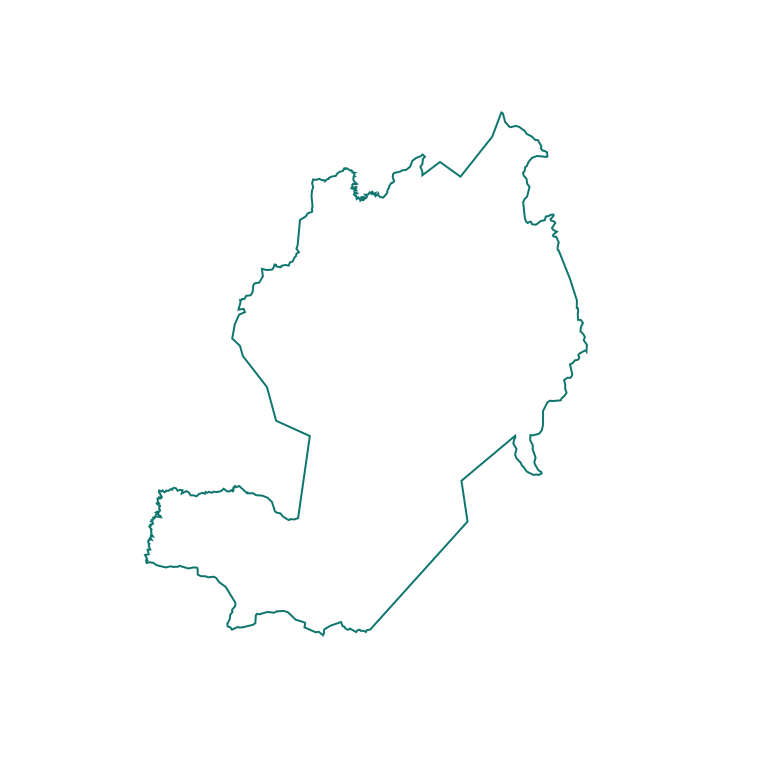 outline of Sefwi Akontombra, Western, Ghana, rotated 307°
{"feature_id": "2480657B96818528094138", "entity_name": "Sefwi Akontombra", "entity_type": "district", "adm_level": 2, "iso_a3": "GHA", "parent_name": "Ghana", "parent_adm1": "Western", "projection": "mercator", "projection_center": [-2.718, 6.094], "detail": "fine", "context": "isolated", "style": "outline", "palette": "teal", "viewbox_px": 768, "rotation_deg": 307, "n_neighbors": 0, "source": "geoboundaries", "source_scale": "gbopen_adm2", "svg_char_len": 6148}
<svg xmlns="http://www.w3.org/2000/svg" viewBox="0 0 768 768"><g transform="rotate(307 384 384)"><path d="M542.4,516.2L543.8,513.1L544.2,509.3L548.0,507.0L552.4,506.2L553.6,502.6L552.0,500.3L557.2,496.1L558.3,495.8L561.2,493.3L560.7,492.2L566.8,487.8L579.7,469.6L595.7,443.3L595.7,441.9L598.1,440.1L602.2,438.4L605.2,433.0L603.9,430.9L604.1,429.6L605.7,429.3L609.7,430.5L608.9,426.5L609.6,424.3L615.6,423.9L616.2,422.4L615.1,419.0L615.8,417.8L620.3,418.2L621.1,417.8L621.2,417.1L619.4,415.3L617.5,414.6L615.1,412.5L611.5,413.8L608.5,411.1L603.2,409.7L602.1,408.7L600.7,406.1L601.9,403.9L601.6,403.0L599.0,401.8L599.2,399.7L601.2,396.7L613.1,385.6L616.5,385.0L619.8,385.5L629.0,381.6L630.1,377.9L633.7,374.2L634.5,370.1L636.3,368.0L638.7,368.1L642.0,366.3L643.8,366.9L648.2,365.8L653.7,366.1L658.2,369.0L663.1,377.0L664.0,377.6L667.1,374.8L666.9,372.3L665.8,370.1L666.7,367.4L668.7,366.5L671.4,360.0L670.0,358.2L670.6,352.8L669.6,347.6L670.8,343.9L670.7,337.5L669.5,333.9L665.4,330.7L664.9,329.4L666.2,323.0L671.5,316.3L671.7,315.0L671.5,314.3L646.6,321.6L595.6,320.3L595.0,295.1L573.8,289.0L576.6,286.9L579.5,282.3L582.8,282.3L587.2,279.6L590.2,279.9L590.5,276.7L588.0,276.2L584.0,273.7L579.4,272.3L573.1,274.1L568.3,272.8L566.0,270.3L563.4,269.1L558.5,265.0L556.8,265.1L554.2,266.7L552.2,270.0L549.8,269.8L549.0,268.9L545.5,269.0L543.4,270.0L540.9,270.1L538.5,271.6L532.4,271.2L531.0,268.4L531.3,265.9L532.6,264.8L528.9,264.2L529.5,262.5L531.4,262.3L529.5,261.2L530.6,259.0L530.0,258.8L529.0,260.3L528.3,260.1L528.5,257.3L525.7,257.3L523.8,255.0L523.3,257.6L521.6,257.8L520.8,257.3L521.2,255.4L519.9,253.8L519.4,254.5L520.0,256.0L519.1,256.9L518.2,256.8L518.1,255.4L516.2,254.8L517.8,253.2L517.0,252.7L517.6,251.3L515.4,250.8L517.6,248.4L516.9,247.0L517.4,245.9L518.4,245.6L520.1,247.6L520.2,246.8L519.0,245.9L520.5,243.9L521.2,243.8L522.1,245.3L522.7,243.9L524.6,243.5L524.4,242.8L521.1,241.7L520.8,240.0L522.7,240.1L524.1,238.7L525.3,238.8L526.1,240.8L527.5,241.9L527.9,238.1L528.7,236.6L531.6,234.8L532.3,235.5L532.4,234.7L533.9,234.1L534.1,233.2L535.1,233.5L533.9,231.5L534.9,230.8L535.0,229.4L534.3,229.2L533.8,224.3L532.6,223.9L532.9,223.1L532.1,222.4L529.5,223.0L526.6,220.8L524.1,220.0L521.0,220.2L518.7,217.8L515.5,216.0L514.6,216.4L513.5,215.4L510.3,214.9L510.7,213.3L509.6,212.1L508.8,208.7L506.5,207.3L504.7,204.3L500.9,205.9L498.6,209.0L495.1,210.1L490.5,213.0L482.9,220.0L479.9,221.3L479.3,222.4L478.2,222.9L474.6,220.5L470.6,220.6L464.5,218.2L442.7,231.6L439.4,232.6L438.1,236.7L435.4,235.7L433.2,236.7L431.2,236.4L426.9,237.3L424.6,235.7L421.1,236.6L419.7,233.6L417.7,231.8L416.5,231.0L415.2,231.3L413.1,227.4L414.2,226.1L413.6,224.7L409.4,226.0L407.8,225.6L404.4,221.7L402.5,217.2L397.0,222.5L389.8,223.3L387.2,220.6L385.6,220.0L383.4,220.6L378.9,223.5L375.5,224.2L374.2,223.7L371.4,220.8L368.0,221.4L366.6,219.6L365.3,219.7L364.6,218.5L362.8,220.3L355.8,223.0L359.5,226.7L357.7,229.7L352.1,226.5L341.7,229.0L329.0,235.4L327.8,246.0L321.4,254.5L311.1,292.4L289.7,320.0L297.8,356.1L225.2,396.1L222.0,394.0L219.7,390.5L218.2,390.1L217.7,388.2L217.4,382.8L218.3,379.2L216.7,375.6L216.6,373.7L222.4,365.4L223.1,359.4L221.5,353.7L218.2,348.8L218.0,345.2L214.5,340.8L215.0,340.3L214.4,340.1L215.4,329.8L212.3,327.7L212.9,326.8L212.5,326.2L211.5,326.8L210.7,326.1L209.2,326.7L208.9,327.7L207.3,327.9L207.3,325.9L205.6,325.5L203.9,323.5L203.9,319.0L200.5,318.4L197.4,315.9L195.4,312.7L193.4,311.9L192.6,309.1L190.8,308.4L190.4,306.5L188.5,307.0L187.8,304.5L185.0,302.5L181.5,301.9L180.5,298.9L178.7,296.6L179.9,293.2L179.5,290.6L174.8,288.4L177.9,287.0L176.7,284.8L174.5,283.3L175.5,280.9L174.8,278.8L173.0,277.9L172.1,278.5L171.3,276.7L169.1,276.2L167.6,274.1L166.6,274.4L165.3,273.5L165.7,271.1L164.3,270.9L163.5,268.8L164.3,268.0L162.3,269.2L160.1,274.4L159.4,273.8L158.5,274.7L157.3,273.3L158.3,273.0L157.9,272.3L156.7,272.8L156.1,272.1L154.0,274.2L153.2,276.4L152.4,275.7L152.4,274.5L151.7,274.5L151.8,276.7L151.0,278.1L151.5,278.5L149.0,279.5L148.3,281.3L145.9,281.2L146.0,280.0L144.3,279.2L144.5,280.4L143.2,280.6L144.6,281.7L143.5,283.5L144.1,284.9L143.4,286.1L140.9,281.3L140.1,280.9L139.5,281.4L138.6,280.3L138.3,281.3L135.9,280.3L135.6,281.2L134.2,280.6L134.4,282.1L133.5,283.6L131.7,282.8L130.3,283.0L130.7,282.1L128.9,282.4L127.9,285.9L127.4,285.6L124.2,288.6L123.2,291.0L122.6,289.1L120.6,290.2L119.9,291.8L119.5,290.0L118.2,290.7L117.7,290.0L116.6,290.2L115.5,291.1L115.1,292.9L114.0,292.9L112.8,294.0L111.1,296.9L109.4,294.9L106.4,298.6L103.6,296.1L101.8,300.0L100.3,300.0L100.4,301.3L98.9,301.0L98.3,302.3L100.4,303.9L102.3,307.1L102.5,311.6L106.2,320.2L109.9,323.2L111.1,325.8L114.2,329.5L115.7,330.1L118.9,338.7L123.0,342.4L124.7,345.1L124.6,346.0L119.7,350.0L120.3,353.3L123.3,357.6L123.7,359.8L127.7,364.1L128.1,366.7L126.5,371.9L126.7,379.7L119.8,397.0L117.1,398.9L112.9,398.5L111.5,399.0L110.8,400.2L107.2,400.1L103.2,402.4L98.2,403.2L96.3,405.1L97.2,407.8L96.3,410.4L101.9,413.4L102.4,414.9L104.6,417.6L112.9,424.3L115.5,425.2L122.3,420.8L123.9,420.8L124.9,422.9L131.8,428.1L135.2,433.9L137.9,435.2L142.5,440.6L143.9,445.0L142.6,455.1L145.8,464.3L145.5,465.1L141.8,466.9L144.6,478.9L146.9,481.1L146.6,486.5L149.3,485.9L151.1,484.3L152.3,484.1L158.4,486.5L168.0,492.9L165.6,496.9L166.4,498.3L165.7,499.6L165.7,502.3L166.6,503.6L168.2,504.0L169.1,511.0L171.1,511.0L173.1,512.4L172.8,513.8L174.6,516.3L175.1,518.8L177.0,518.4L179.7,520.8L182.3,521.0L324.4,533.5L353.3,504.1L421.6,519.9L420.5,521.0L417.6,521.5L414.2,523.2L411.8,529.0L406.6,531.1L404.4,534.5L403.3,540.9L401.9,543.1L401.8,545.1L400.0,550.6L401.3,558.1L403.4,560.0L404.4,562.3L407.4,563.7L408.3,562.7L408.1,559.0L410.8,552.7L412.0,551.1L416.4,549.4L421.4,541.9L424.4,540.0L427.1,534.6L431.3,531.7L432.3,533.5L437.5,537.8L442.1,537.9L447.2,535.5L458.3,527.2L467.7,525.6L470.6,526.6L471.6,528.6L477.3,535.0L479.6,534.4L483.0,535.3L486.8,535.1L489.5,531.2L492.0,529.7L495.5,525.5L499.4,526.7L500.9,529.0L503.4,529.2L505.2,528.4L511.6,520.7L514.0,522.0L518.0,522.3L519.6,524.0L521.0,524.4L522.5,524.2L524.0,521.8L526.0,521.8L531.4,524.2L532.0,525.2L531.7,526.2L537.5,522.4L539.1,517.2L542.4,516.2Z" fill="none" stroke="#0f766e" stroke-width="2"/></g></svg>